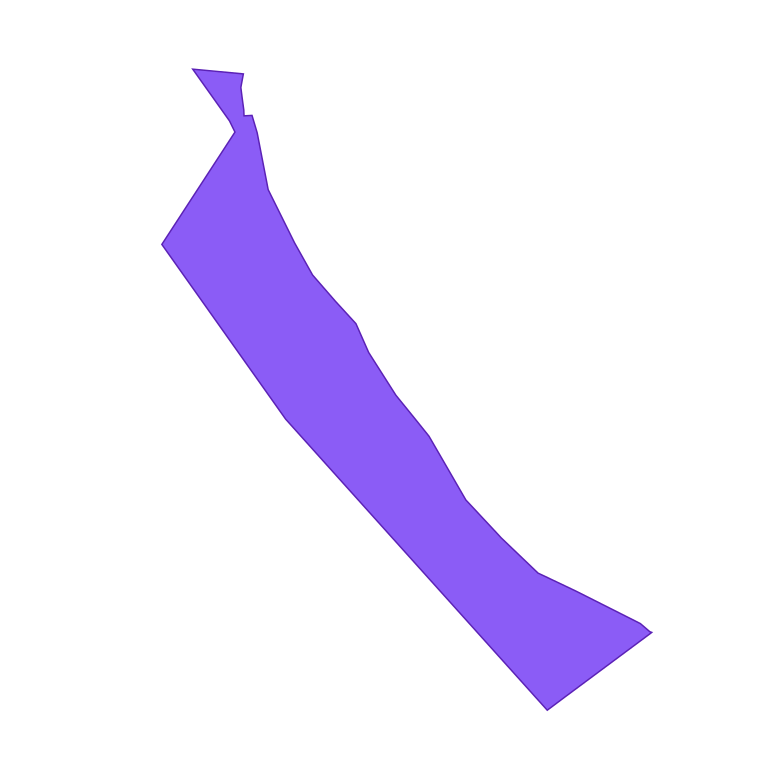 the district of Kennedy Highway, Laborie, Saint Lucia, rotated 229°
{"feature_id": "8701671B1426599605087", "entity_name": "Kennedy Highway", "entity_type": "district", "adm_level": 2, "iso_a3": "LCA", "parent_name": "Saint Lucia", "parent_adm1": "Laborie", "projection": "robinson", "projection_center": [-60.995, 13.753], "detail": "fine", "context": "isolated", "style": "filled", "palette": "violet", "viewbox_px": 768, "rotation_deg": 229, "n_neighbors": 0, "source": "geoboundaries", "source_scale": "gbopen_adm2", "svg_char_len": 644}
<svg xmlns="http://www.w3.org/2000/svg" viewBox="0 0 768 768"><g transform="rotate(229 384 384)"><path d="M30.7,293.2L29.1,315.0L20.9,422.2L20.9,423.1L22.7,422.1L35.0,420.3L101.5,393.1L128.1,381.5L140.2,376.2L191.1,371.5L195.2,371.4L242.8,369.7L289.7,378.8L315.1,383.7L338.1,384.6L367.7,385.6L417.8,393.1L447.9,402.4L463.5,402.0L478.6,401.6L513.1,401.6L549.2,409.1L606.7,424.1L614.1,428.4L656.8,453.1L673.3,460.6L678.2,454.3L680.5,456.1L682.7,457.9L693.2,464.8L701.7,470.5L710.3,481.3L747.1,446.2L683.9,440.0L682.1,439.5L671.9,436.8L635.1,307.9L421.9,286.7L336.0,288.1L30.7,293.2Z" fill="#8b5cf6" stroke="#5b21b6" stroke-width="1.5"/></g></svg>